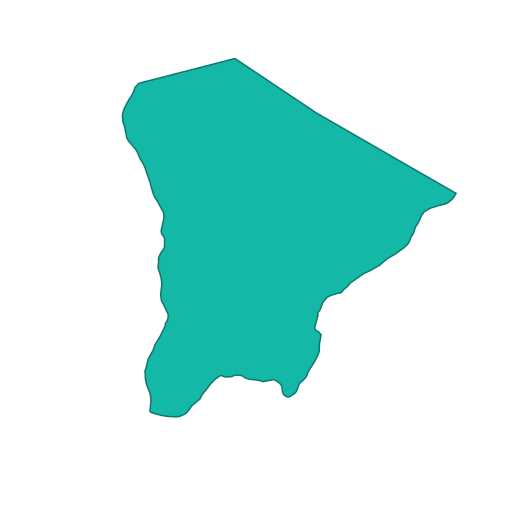 the district of Shompangkha, Geylegphug, Bhutan, rotated 198°
{"feature_id": "84629894B15779326704479", "entity_name": "Shompangkha", "entity_type": "district", "adm_level": 2, "iso_a3": "BTN", "parent_name": "Bhutan", "parent_adm1": "Geylegphug", "projection": "mercator", "projection_center": [90.287, 26.878], "detail": "fine", "context": "isolated", "style": "filled", "palette": "teal", "viewbox_px": 512, "rotation_deg": 198, "n_neighbors": 0, "source": "geoboundaries", "source_scale": "gbopen_adm2", "svg_char_len": 2406}
<svg xmlns="http://www.w3.org/2000/svg" viewBox="0 0 512 512"><g transform="rotate(198 256 256)"><path d="M308.9,75.5L307.0,74.7L304.5,74.8L302.0,74.9L299.4,75.0L296.9,75.2L294.4,75.5L291.9,75.9L289.4,76.4L287.0,77.0L284.6,77.7L282.2,78.4L279.1,79.8L277.2,81.6L275.3,83.3L273.7,85.2L272.7,87.5L271.9,89.9L271.2,92.4L270.2,94.7L267.4,99.1L265.1,102.7L264.6,106.6L263.6,109.8L262.5,112.3L261.3,115.6L259.8,120.0L257.2,125.5L254.3,129.6L252.7,131.6L250.2,131.5L247.6,131.5L242.3,133.6L239.0,136.2L235.6,137.3L232.4,137.9L228.2,136.7L224.4,136.7L215.5,138.6L210.5,138.7L204.0,142.2L201.1,143.9L198.3,143.6L195.0,142.7L191.4,140.5L188.5,134.3L186.2,132.3L183.0,131.6L181.1,132.0L177.0,136.8L176.0,138.8L175.6,140.7L175.3,148.1L172.9,152.2L171.1,156.1L170.6,158.7L170.7,161.0L170.0,164.8L168.9,168.9L168.2,171.6L167.4,175.2L166.6,179.4L166.4,181.9L166.4,184.8L167.0,187.1L168.5,192.1L169.8,201.3L173.3,203.3L176.2,203.8L178.0,205.7L178.7,218.5L179.7,221.0L178.4,224.3L178.3,226.7L178.0,232.7L176.7,236.1L175.4,239.1L171.3,242.7L167.2,245.5L163.8,247.2L162.3,251.1L159.8,254.9L159.0,256.9L157.6,260.0L148.2,272.5L143.0,277.3L135.8,285.2L130.2,294.2L124.0,301.1L117.9,309.5L115.9,312.9L114.8,316.2L114.4,321.9L113.3,326.1L113.3,333.2L112.5,335.3L111.9,338.2L111.1,346.0L109.6,350.2L104.7,355.6L97.2,360.9L93.0,363.4L90.1,365.7L87.2,370.2L86.0,373.1L85.1,377.4L90.7,378.6L143.1,389.6L242.8,410.7L337.1,437.3L418.7,385.4L420.6,384.1L423.2,379.0L423.2,373.7L423.8,371.1L424.1,369.2L425.0,366.2L426.4,358.9L426.9,355.5L426.9,350.9L426.3,347.9L425.0,344.7L423.6,341.9L422.3,340.2L421.0,338.5L415.3,328.3L413.3,326.4L408.9,323.6L405.0,321.2L402.2,319.5L398.2,314.9L395.5,312.0L392.5,309.6L389.2,306.2L386.3,302.2L384.3,299.6L382.6,297.3L379.4,293.2L377.5,290.0L376.4,288.4L372.6,283.0L370.1,280.3L365.4,276.5L361.5,272.6L357.9,269.4L356.5,267.3L355.3,263.4L355.1,261.4L354.9,258.8L354.6,256.8L354.4,254.9L354.3,252.6L353.7,249.9L352.5,247.9L348.6,244.9L346.8,239.7L345.9,236.9L345.8,235.0L347.6,228.8L348.1,224.1L346.6,219.3L345.7,214.6L341.9,209.6L338.9,204.7L336.9,200.4L334.8,189.9L332.1,184.3L329.1,181.4L326.1,178.3L324.1,176.0L321.5,173.6L320.5,169.8L320.5,167.0L321.3,163.7L320.7,161.2L321.7,155.0L322.3,150.2L324.6,140.8L324.8,134.4L326.7,125.0L326.0,116.1L326.0,112.2L324.3,108.0L323.3,105.1L320.2,99.7L314.2,92.5L312.4,88.8L311.3,86.3L308.9,75.5Z" fill="#14b8a6" stroke="#0f766e" stroke-width="1.5"/></g></svg>